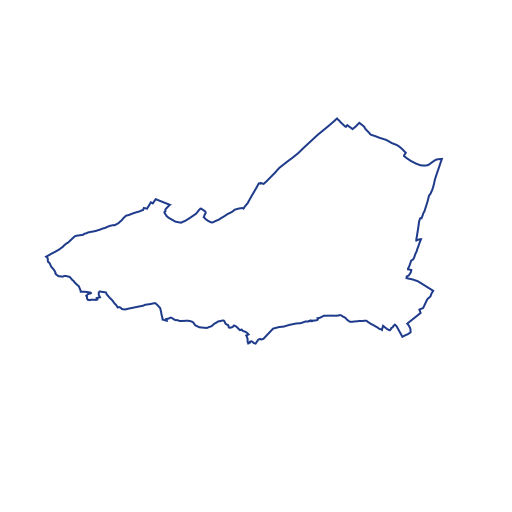 Cozmesti, Vaslui, Romania (Natural Earth projection), rotated 346°
{"feature_id": "2599482B65715279001223", "entity_name": "Cozmesti", "entity_type": "district", "adm_level": 2, "iso_a3": "ROU", "parent_name": "Romania", "parent_adm1": "Vaslui", "projection": "natural_earth1", "projection_center": [27.474, 46.723], "detail": "fine", "context": "isolated", "style": "outline", "palette": "blue", "viewbox_px": 512, "rotation_deg": 346, "n_neighbors": 0, "source": "geoboundaries", "source_scale": "gbopen_adm2", "svg_char_len": 6024}
<svg xmlns="http://www.w3.org/2000/svg" viewBox="0 0 512 512"><g transform="rotate(346 256 256)"><path d="M271.7,330.9L278.6,331.2L283.1,332.0L288.5,331.5L289.6,332.0L290.6,332.1L290.9,332.1L291.3,331.9L291.4,332.0L291.6,332.2L292.4,331.8L293.6,331.7L293.7,331.8L293.2,332.2L293.4,332.4L294.1,332.7L295.0,332.8L295.5,332.4L296.8,332.8L297.5,332.8L299.0,333.0L299.8,332.9L300.3,332.8L300.7,332.4L300.7,331.2L302.4,331.4L303.1,331.4L307.4,330.4L314.3,332.0L319.9,333.5L323.1,333.7L323.9,334.0L324.8,334.7L325.9,336.1L326.5,336.4L327.6,337.5L328.0,338.0L328.7,339.4L329.1,340.1L331.0,342.3L331.5,342.6L333.2,343.1L336.2,343.4L338.7,343.9L340.6,344.0L342.2,344.5L344.2,344.9L346.4,345.2L347.7,345.7L348.5,346.9L351.3,349.9L353.0,351.3L356.9,355.1L357.8,356.3L358.7,356.9L359.6,357.3L360.3,358.2L362.4,354.5L365.4,358.4L367.2,360.1L367.9,360.4L368.0,360.3L369.1,359.7L369.5,359.3L369.7,358.7L371.2,358.3L372.1,357.7L372.3,357.2L374.1,356.2L375.4,358.1L378.5,369.8L381.8,369.0L384.4,368.6L387.2,367.6L387.6,367.3L388.1,364.7L388.1,363.2L387.4,360.4L386.4,358.2L401.9,351.1L401.6,347.5L405.6,346.9L411.4,339.8L412.4,339.0L414.2,338.1L415.5,337.4L417.0,335.1L419.5,332.6L415.9,328.9L411.0,323.8L407.3,320.0L406.4,319.3L402.4,316.7L396.7,313.9L397.1,312.9L397.2,312.4L399.5,311.8L401.4,310.2L402.1,309.4L402.6,308.7L403.3,307.1L400.3,305.7L400.5,305.0L402.6,302.5L405.5,298.0L407.5,297.4L409.0,295.9L410.8,293.0L413.4,289.8L414.1,288.4L416.0,285.7L417.9,282.7L420.2,279.6L419.4,279.4L416.5,279.5L415.3,279.8L415.3,279.4L419.9,268.7L422.6,262.0L424.1,259.6L424.5,259.1L425.4,259.1L425.8,259.4L427.1,257.5L429.0,254.6L429.8,253.8L430.1,253.6L435.7,244.5L438.6,239.1L440.1,238.1L442.9,234.6L444.5,232.1L446.9,227.6L448.0,225.2L452.1,218.7L455.7,213.2L457.5,210.3L459.8,206.8L456.2,206.2L454.1,206.1L452.3,206.6L449.6,207.6L445.8,209.2L444.2,209.4L441.5,209.1L437.6,207.8L433.8,205.2L429.1,201.1L425.8,197.4L423.8,194.8L424.3,193.9L426.3,192.1L425.8,191.2L423.4,187.2L422.6,186.0L421.4,184.4L419.5,182.4L418.1,181.4L415.1,179.3L412.2,176.5L410.6,175.0L409.7,174.4L404.3,171.1L400.2,168.2L398.8,167.4L396.7,166.0L395.9,164.8L395.8,164.2L393.1,159.6L392.7,158.6L392.4,157.2L391.6,155.8L388.5,151.8L384.0,154.5L380.4,156.2L376.2,151.1L374.5,152.4L373.7,151.7L370.3,146.5L369.5,144.7L368.8,143.9L368.2,142.9L367.9,142.2L366.2,143.0L365.5,143.5L357.6,147.5L345.1,153.4L328.0,162.8L321.9,166.4L315.2,169.5L310.3,171.5L300.0,176.1L297.1,178.0L295.5,179.2L284.1,186.2L280.8,187.9L278.2,186.3L277.8,186.8L276.4,186.2L276.1,186.4L273.2,189.6L265.6,197.4L261.6,201.7L260.7,202.7L257.0,205.4L255.3,207.0L254.9,206.6L254.1,206.1L251.1,205.8L246.7,205.9L245.5,206.4L244.0,207.2L241.6,207.8L238.7,208.4L233.8,210.1L231.5,210.7L229.2,211.6L228.2,211.8L225.0,212.3L222.8,212.8L221.9,212.9L221.1,212.8L219.6,211.7L218.0,210.3L217.4,209.6L216.3,208.4L214.7,205.6L215.7,204.4L216.0,203.7L217.5,202.2L217.6,201.9L217.7,201.4L217.4,200.5L217.1,200.0L214.2,196.7L213.4,196.6L212.8,197.1L211.3,197.9L210.8,198.4L208.0,200.5L201.0,203.1L195.8,204.8L192.5,205.2L191.7,205.6L191.2,205.5L188.3,204.2L186.0,203.1L184.9,202.0L180.4,197.7L179.6,196.5L179.0,195.8L178.6,194.6L177.7,192.0L177.7,191.3L179.0,190.6L179.1,189.6L179.6,188.7L184.3,185.7L184.8,185.5L172.4,176.6L168.6,180.0L167.0,178.5L161.7,183.7L158.8,182.3L157.4,184.1L156.2,184.1L153.4,184.6L151.3,184.6L147.7,184.8L144.4,185.2L143.2,185.4L141.7,185.5L140.4,185.4L139.6,185.5L138.3,186.2L136.1,187.4L134.5,188.8L132.6,189.7L130.4,190.9L126.5,191.9L126.3,192.0L125.6,191.6L122.1,191.4L118.3,191.8L116.9,192.2L115.0,192.3L114.0,192.2L111.0,192.7L109.3,192.7L107.6,192.9L105.3,192.9L98.7,192.5L97.4,192.9L94.8,192.9L93.4,193.6L87.6,193.0L86.0,192.9L85.0,193.1L83.7,193.7L77.0,197.5L75.1,198.0L71.9,199.5L71.5,200.0L66.5,202.1L61.5,203.5L58.3,204.2L54.6,205.3L52.2,205.9L53.0,207.0L53.3,207.8L53.3,208.5L52.9,210.0L52.8,210.7L52.9,211.2L53.1,211.8L53.6,212.2L53.9,213.0L54.2,213.8L54.5,216.1L54.7,216.8L56.4,220.1L56.9,221.5L57.4,223.5L57.3,224.1L57.1,224.6L57.5,225.3L58.3,226.4L59.6,227.9L61.3,228.4L62.8,229.1L63.5,229.2L65.4,229.0L67.4,229.7L68.8,230.6L69.8,231.0L70.1,231.2L71.1,233.0L71.9,234.7L72.6,235.6L73.1,236.3L73.7,238.0L74.3,238.6L74.6,239.4L75.2,240.2L75.7,241.2L76.2,241.6L76.8,242.6L77.4,247.0L77.3,248.3L80.9,249.2L83.9,250.3L86.6,251.5L86.9,252.0L86.4,252.3L85.4,252.2L83.9,252.3L83.2,252.6L82.8,253.0L81.7,253.5L81.8,254.1L82.2,254.8L81.9,255.4L81.8,256.8L82.2,257.4L82.4,258.0L84.1,258.6L86.1,258.6L87.3,259.1L88.9,259.4L89.9,259.9L91.5,259.9L91.7,259.4L91.2,259.0L91.1,258.6L91.1,258.3L91.5,258.2L94.6,258.3L94.1,255.8L94.1,255.0L94.4,254.3L94.5,253.7L95.4,252.7L95.9,252.6L96.3,252.7L97.3,253.3L100.6,254.6L101.5,255.1L101.7,255.4L101.8,256.9L104.2,261.7L105.0,262.8L106.1,264.8L106.9,267.0L107.7,268.6L108.1,269.1L108.8,270.6L109.3,272.4L110.9,272.5L111.7,273.0L112.2,273.6L113.1,275.0L115.0,275.9L116.8,276.3L118.6,276.2L134.9,276.9L136.3,276.5L136.6,276.5L142.0,277.1L143.8,277.1L146.5,277.3L147.0,277.5L148.6,280.0L150.4,283.3L150.4,287.4L150.2,289.3L150.2,290.6L150.2,293.3L150.0,295.1L150.7,295.4L152.5,296.6L153.8,297.2L153.7,295.4L156.1,295.6L157.7,295.2L158.4,295.2L158.9,295.4L160.6,297.1L161.6,298.2L162.6,298.8L164.4,299.3L165.8,300.4L166.6,300.7L170.6,301.6L172.6,301.9L174.2,302.3L176.5,303.3L178.2,304.4L179.1,305.4L180.1,308.2L180.6,308.9L183.9,311.5L190.4,313.8L191.6,313.9L193.3,313.5L194.3,313.5L195.7,313.4L196.9,312.9L199.0,311.7L201.7,311.0L203.7,310.3L205.2,310.5L207.9,310.5L208.5,310.6L209.3,311.1L209.8,312.7L209.9,313.9L210.7,315.2L212.2,316.2L212.4,317.5L212.3,318.6L212.5,318.9L212.9,319.2L214.7,319.4L216.1,319.2L217.9,318.1L219.8,319.7L221.2,322.0L222.4,324.0L223.1,324.1L224.0,323.8L224.3,323.9L224.7,324.9L225.7,326.0L227.1,326.7L228.8,328.5L229.8,330.3L227.3,330.8L227.5,331.5L227.8,334.2L227.1,337.4L227.3,339.0L229.3,338.5L229.4,337.7L230.8,337.6L231.6,338.2L232.1,338.8L232.7,339.9L234.4,340.9L238.0,337.7L240.1,337.5L240.9,338.3L243.1,338.2L255.0,330.6L261.1,330.5L265.9,331.2L271.7,330.9Z" fill="none" stroke="#1e3a8a" stroke-width="2"/></g></svg>